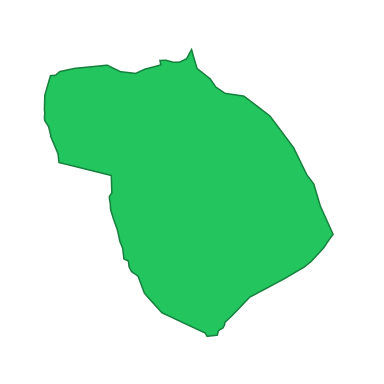 San Pedro Topiltepec, Oaxaca, Mexico (Mercator projection), rotated 168°
{"feature_id": "50627088B10817237938437", "entity_name": "San Pedro Topiltepec", "entity_type": "district", "adm_level": 2, "iso_a3": "MEX", "parent_name": "Mexico", "parent_adm1": "Oaxaca", "projection": "mercator", "projection_center": [-97.35, 17.457], "detail": "fine", "context": "isolated", "style": "filled", "palette": "green", "viewbox_px": 384, "rotation_deg": 168, "n_neighbors": 0, "source": "geoboundaries", "source_scale": "gbopen_adm2", "svg_char_len": 1174}
<svg xmlns="http://www.w3.org/2000/svg" viewBox="0 0 384 384"><g transform="rotate(168 192 192)"><path d="M319.4,302.5L319.4,300.7L320.9,295.4L321.2,292.5L318.7,285.8L318.4,276.3L318.7,275.9L316.8,266.0L315.7,260.4L315.2,257.6L315.1,257.2L316.0,248.5L267.5,224.9L270.5,208.4L270.9,207.5L273.7,204.9L274.2,202.3L274.3,197.8L275.2,192.7L275.2,190.3L274.8,186.0L274.4,181.8L272.9,171.0L272.8,165.4L272.8,164.5L272.8,158.4L271.5,151.6L272.5,140.7L268.6,137.6L269.1,131.9L267.7,126.7L262.3,121.0L259.6,103.0L256.3,96.9L250.7,87.3L246.5,80.1L222.6,62.0L208.4,51.3L207.3,47.7L197.1,46.7L195.0,50.6L194.0,51.3L190.1,52.5L187.6,55.5L187.1,57.5L177.7,63.3L169.3,69.0L157.5,77.1L120.6,87.7L97.7,95.3L89.6,99.5L74.8,110.0L69.9,114.8L66.2,118.3L62.8,121.2L69.4,151.6L71.2,174.4L76.1,184.9L83.4,214.2L99.8,249.8L101.9,252.4L121.3,275.0L139.3,281.7L146.9,289.7L150.7,298.9L161.3,311.7L162.2,321.8L162.8,331.4L169.6,323.5L177.2,321.6L183.1,322.7L190.1,326.3L196.0,327.3L196.1,322.8L203.0,322.4L212.3,322.0L222.5,319.7L237.0,324.6L248.6,333.7L257.8,334.7L280.6,337.3L296.3,337.3L301.3,334.5L306.2,335.3L315.9,317.2L319.4,302.5Z" fill="#22c55e" stroke="#15803d" stroke-width="1.5"/></g></svg>